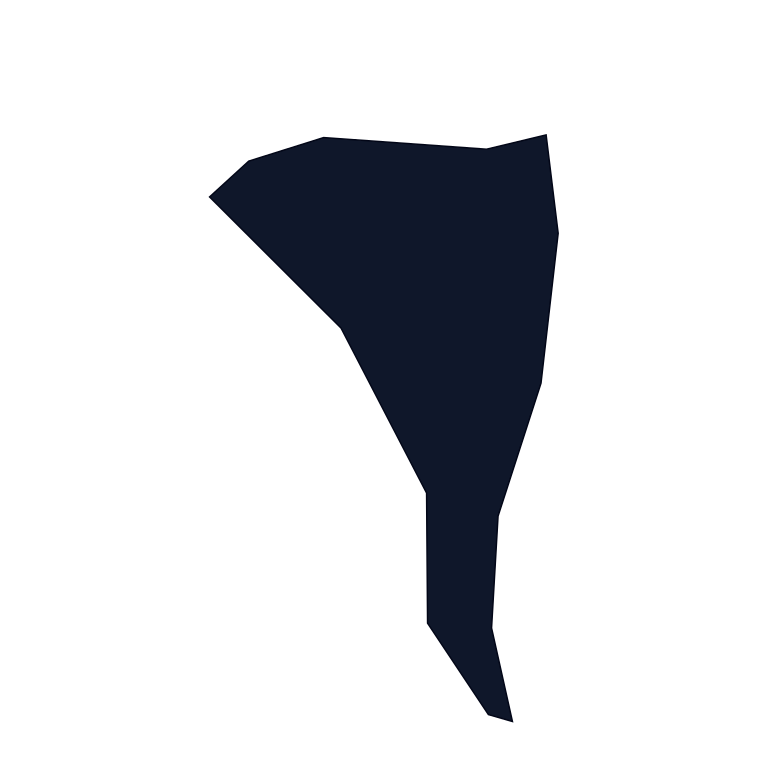 outline of Sədərək, rotated 107°
{"feature_id": "AZE-2415", "entity_name": "Sədərək", "entity_type": "District", "adm_level": 1, "iso_a3": "AZE", "parent_name": "Azerbaijan", "parent_adm1": "", "projection": "equal_earth", "projection_center": [44.859, 39.683], "detail": "fine", "context": "isolated", "style": "filled", "palette": "ink", "viewbox_px": 768, "rotation_deg": 107, "n_neighbors": 0, "source": "natural_earth", "source_scale": "10m", "svg_char_len": 362}
<svg xmlns="http://www.w3.org/2000/svg" viewBox="0 0 768 768"><g transform="rotate(107 384 384)"><path d="M477.0,236.3L585.9,209.8L669.2,162.5L669.6,187.5L600.0,272.4L475.8,311.4L343.1,441.4L256.1,605.5L210.4,578.5L201.9,566.1L166.0,513.8L129.5,354.6L98.4,301.8L189.0,261.5L337.3,234.1L477.0,236.3Z" fill="#0f172a" stroke="#020617" stroke-width="1.5"/></g></svg>